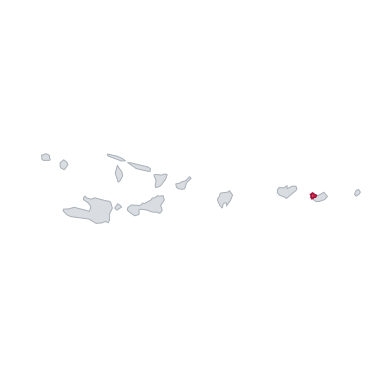 North Tanna, Tafea, Vanuatu (highlighted), rotated 296°
{"feature_id": "77236927B7031422019545", "entity_name": "North Tanna", "entity_type": "district", "adm_level": 2, "iso_a3": "VUT", "parent_name": "Vanuatu", "parent_adm1": "Tafea", "projection": "orthographic", "projection_center": [169.312, -19.371], "detail": "fine", "context": "in_parent", "style": "filled", "palette": "rose", "viewbox_px": 384, "rotation_deg": 296, "n_neighbors": 0, "source": "geoboundaries", "source_scale": "gbopen_adm2", "svg_char_len": 3620}
<svg xmlns="http://www.w3.org/2000/svg" viewBox="0 0 384 384"><g transform="rotate(296 192 192)"><path d="M126.6,92.8L129.7,108.1L133.0,108.0L134.7,107.2L136.7,103.6L137.5,97.9L139.3,97.1L141.5,97.7L140.5,99.5L141.2,104.0L142.9,106.4L144.1,106.9L146.4,118.6L147.3,121.1L147.3,123.1L142.6,127.5L135.6,127.5L130.6,130.2L127.6,130.1L127.6,127.1L124.9,124.8L121.8,119.7L122.4,110.7L116.8,94.1L116.7,89.9L118.5,84.4L120.3,84.1L122.8,88.6L126.6,92.8ZM157.1,151.2L159.1,152.2L160.2,152.2L160.9,154.5L167.4,158.9L169.1,158.8L170.6,161.2L173.4,162.4L174.1,164.9L176.1,167.5L172.7,170.6L166.1,169.8L162.3,173.4L158.9,172.5L158.3,170.7L158.8,170.1L156.7,165.4L155.7,158.2L154.3,154.0L152.7,152.2L149.7,153.8L148.4,154.1L145.4,150.7L146.7,143.6L147.5,141.6L149.9,141.2L153.6,143.0L157.1,151.2ZM242.8,282.8L240.8,285.0L239.0,284.8L227.5,279.6L228.0,277.5L227.5,272.0L228.8,269.0L231.9,267.8L234.4,268.4L235.9,272.8L239.3,274.6L236.9,276.1L241.1,279.4L242.8,282.8ZM203.4,218.0L207.9,224.6L209.6,225.1L207.0,229.8L201.4,230.3L194.9,229.1L197.3,227.5L196.0,225.6L194.1,225.3L191.8,226.2L190.8,225.9L192.2,222.8L195.8,218.5L196.9,218.1L197.9,218.1L198.8,218.5L203.4,218.0ZM196.6,162.1L191.5,162.6L184.3,161.2L181.4,159.2L180.1,157.2L182.6,155.7L186.2,154.9L190.6,150.3L192.1,152.0L193.8,157.2L195.6,158.8L196.6,160.3L196.6,162.1ZM249.6,310.7L247.3,315.7L243.3,314.5L239.6,310.9L237.7,307.7L239.0,301.6L240.9,300.5L242.9,300.9L243.9,306.8L249.6,310.7ZM192.7,145.1L192.0,145.2L191.2,143.0L188.6,131.7L190.2,121.6L191.3,123.7L195.2,141.5L194.7,144.4L192.7,145.1ZM203.3,182.5L204.7,183.2L203.9,185.2L197.8,183.0L192.9,183.9L191.5,183.8L190.1,182.0L189.0,178.5L189.4,176.0L191.5,174.3L192.3,174.0L193.8,176.1L195.2,177.6L196.6,178.2L199.7,181.6L203.3,182.5ZM179.1,120.4L176.1,122.6L170.6,122.4L168.5,121.3L175.3,114.7L183.1,113.3L179.1,120.4ZM164.1,66.2L162.2,68.5L157.1,67.8L155.9,67.2L156.2,63.3L157.5,62.0L160.5,60.7L164.7,62.6L164.1,66.2ZM159.6,49.9L159.0,50.3L157.9,50.0L155.2,44.4L155.9,42.5L159.2,40.7L162.2,43.8L162.5,45.5L162.5,47.0L162.0,48.3L160.1,48.8L159.6,49.9ZM191.5,115.4L190.8,118.3L188.9,114.9L187.6,101.0L188.1,99.6L189.1,99.5L191.4,109.3L191.5,115.4ZM267.3,340.7L265.7,343.3L263.4,343.2L260.3,341.4L260.9,339.2L264.4,338.8L265.4,338.9L267.3,340.7ZM148.3,134.1L147.5,135.3L142.7,132.4L143.7,129.5L148.9,130.4L148.3,134.1Z" fill="#d9dde1" stroke="#a8b0b8" stroke-width="1"/><path d="M243.5,305.3L243.5,305.2L243.5,304.9L243.5,304.7L243.5,304.4L243.4,304.4L243.3,304.2L243.3,303.9L243.3,303.7L243.2,303.6L243.3,303.5L243.3,303.4L243.3,303.2L243.3,302.9L243.3,302.7L243.3,302.2L243.4,301.9L243.5,301.9L243.4,301.8L243.4,301.7L243.5,301.7L243.7,301.4L243.8,301.4L243.9,301.2L244.0,301.1L244.0,300.9L244.0,300.7L243.9,300.6L243.7,300.5L243.4,300.5L243.2,300.5L243.1,300.4L242.9,300.3L242.7,300.3L242.4,300.4L242.2,300.4L241.9,300.3L241.8,300.2L241.8,300.3L241.8,300.2L241.7,300.3L241.7,300.2L241.7,300.3L241.7,300.2L241.7,300.3L241.5,300.5L241.4,300.5L241.2,300.6L240.9,300.7L240.7,300.7L240.6,300.8L240.4,300.8L240.2,300.9L240.0,301.0L239.9,301.1L239.7,301.2L239.8,301.2L239.8,301.3L239.8,301.2L239.7,301.2L239.7,301.3L239.4,301.4L239.3,301.5L239.2,301.5L239.0,301.8L239.0,302.0L239.0,302.3L238.9,302.4L239.0,302.4L238.9,302.5L239.0,302.6L239.1,302.8L239.1,303.0L239.1,303.3L239.1,303.5L239.7,303.7L239.9,303.7L240.0,303.7L240.6,303.8L240.9,303.7L241.1,303.7L241.1,303.8L241.1,304.1L241.1,304.3L241.1,304.5L241.1,304.8L241.2,305.0L241.3,305.1L241.5,305.2L241.6,305.3L241.9,305.4L242.0,305.4L242.4,305.4L242.7,305.4L242.9,305.3L243.1,305.3L243.3,305.3L243.5,305.3Z" fill="#f43f5e" stroke="#9f1239" stroke-width="1.5"/></g></svg>